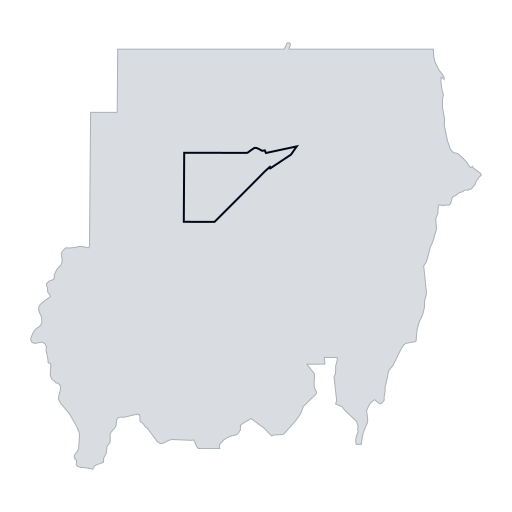 Al Golid, Northern, Sudan (highlighted)
{"feature_id": "16777658B20227076213030", "entity_name": "Al Golid", "entity_type": "district", "adm_level": 2, "iso_a3": "SDN", "parent_name": "Sudan", "parent_adm1": "Northern", "projection": "natural_earth1", "projection_center": [29.801, 17.722], "detail": "fine", "context": "in_parent", "style": "outline", "palette": "ink", "viewbox_px": 512, "rotation_deg": 0, "n_neighbors": 0, "source": "geoboundaries", "source_scale": "gbopen_adm2", "svg_char_len": 4227}
<svg xmlns="http://www.w3.org/2000/svg" viewBox="0 0 512 512"><path d="M361.4,444.3L356.3,444.3L355.8,442.9L355.8,439.1L356.4,436.2L358.2,431.7L357.7,429.2L358.0,425.7L356.7,421.6L344.5,410.0L342.1,406.8L335.6,403.9L336.7,400.6L334.0,376.8L335.3,374.1L335.7,369.9L335.6,366.3L337.2,360.2L337.3,357.6L324.5,357.4L324.3,360.0L324.9,363.0L324.9,364.1L306.9,364.2L314.2,373.5L314.5,377.6L314.1,382.7L314.2,386.0L314.6,388.1L316.5,392.3L316.4,393.1L316.0,394.1L303.3,406.5L301.2,412.3L299.5,415.3L295.8,420.4L284.2,433.7L282.3,434.6L273.4,435.0L272.6,435.4L271.9,436.0L271.5,435.8L263.9,428.0L251.1,418.6L242.7,423.5L240.4,425.3L240.4,429.8L239.1,432.1L236.8,434.6L230.6,436.2L227.3,437.6L223.5,440.1L219.7,444.4L219.4,446.6L219.8,448.6L198.3,448.5L196.9,446.9L193.8,439.9L191.6,440.3L171.9,439.5L169.1,440.2L163.5,443.1L160.7,443.6L157.8,442.3L147.5,428.4L145.3,426.8L143.0,423.5L140.8,422.0L140.0,421.0L139.8,419.5L139.9,416.5L139.1,414.6L137.5,414.1L123.6,417.3L121.7,417.0L118.7,417.5L117.7,418.1L116.6,419.9L116.3,423.7L116.0,425.6L114.9,427.7L110.9,432.4L110.1,434.4L110.2,439.6L110.0,442.2L109.4,443.4L107.6,445.4L107.0,446.6L106.3,453.2L104.1,457.2L103.6,458.6L103.5,461.5L103.1,462.4L96.8,464.7L94.5,466.1L93.0,468.4L92.7,469.3L90.0,468.5L86.6,467.9L80.0,467.2L77.4,466.2L76.2,464.6L76.6,460.6L76.0,459.7L74.9,459.0L74.2,457.3L74.4,455.2L77.8,450.6L78.6,448.1L79.5,436.5L79.3,432.9L76.6,426.4L70.3,415.2L68.8,413.0L61.0,403.7L60.1,402.3L58.2,398.4L60.4,389.9L60.5,387.5L60.0,385.0L58.0,383.2L56.2,383.0L53.9,380.7L52.4,379.7L51.1,377.6L50.2,374.8L50.9,364.7L50.5,363.4L48.5,363.0L48.0,362.3L48.1,360.4L47.0,354.6L45.9,349.8L46.5,347.2L44.9,343.6L41.7,342.1L35.4,343.3L33.5,343.1L32.1,342.4L31.2,341.1L30.7,339.5L31.2,337.2L33.0,332.9L35.2,329.4L39.8,326.2L41.0,324.5L41.7,322.6L41.9,320.4L41.6,318.1L41.1,316.0L39.8,313.2L38.6,309.9L38.6,307.8L39.2,306.2L40.4,304.3L44.9,300.5L49.5,297.4L50.3,296.3L50.0,295.0L47.9,292.5L47.3,287.5L46.2,284.1L48.5,281.5L50.2,280.6L52.9,279.8L54.0,278.7L54.3,276.6L54.2,274.6L55.2,273.1L56.5,270.0L57.6,268.5L61.1,264.8L61.9,262.4L62.2,260.1L61.3,253.1L63.3,250.2L65.9,247.8L69.6,248.0L75.4,247.4L79.3,246.4L82.1,246.5L88.5,247.8L89.2,247.2L89.5,245.4L90.6,112.4L116.9,112.4L117.2,112.2L117.7,49.2L283.1,49.2L284.4,49.0L287.0,43.1L288.1,42.7L289.8,43.0L290.4,44.4L289.0,49.2L433.3,49.2L433.7,56.4L435.0,62.1L439.2,70.4L442.7,74.8L444.0,77.2L444.1,78.4L444.0,79.4L442.9,78.2L441.1,77.4L440.9,81.2L441.8,89.1L443.4,94.7L442.4,99.8L442.6,108.4L444.6,118.8L444.3,125.4L447.5,140.9L450.5,149.5L452.2,151.6L454.0,152.7L457.5,153.5L462.7,157.8L466.8,162.4L468.3,164.8L470.3,167.5L471.6,167.0L472.4,166.3L473.8,168.4L480.3,173.1L481.3,175.2L479.0,177.3L476.3,180.9L475.1,184.3L474.4,185.3L472.3,187.4L471.9,188.5L471.0,189.1L470.0,189.1L467.8,190.3L465.8,189.9L463.8,190.6L463.1,191.4L461.5,192.1L459.4,192.5L456.0,195.3L453.1,196.7L452.1,197.8L450.7,203.5L449.5,205.0L445.2,205.1L443.1,205.6L440.2,205.0L438.8,205.0L438.4,206.2L437.9,211.1L438.0,213.2L435.7,218.7L436.5,229.1L434.2,236.8L433.9,238.6L431.5,244.8L430.3,247.1L427.4,258.5L426.2,262.1L423.7,265.8L426.5,293.4L424.4,301.8L424.6,306.4L423.1,313.2L421.9,316.4L420.0,320.2L418.4,324.4L417.0,330.0L416.1,340.6L415.7,341.6L407.9,342.9L405.5,343.6L403.9,344.8L401.9,347.5L398.0,355.0L396.0,359.5L392.7,365.8L389.0,370.2L388.2,372.3L387.6,376.3L386.2,382.7L385.0,387.2L385.2,390.8L384.1,397.1L384.2,400.1L382.9,401.9L381.2,403.5L379.9,403.9L374.5,399.7L370.8,402.6L368.4,406.6L366.6,410.7L367.7,419.4L367.6,421.4L367.1,423.4L363.5,432.0L362.5,435.9L361.4,442.7L361.4,444.3Z" fill="#d9dde1" stroke="#a8b0b8" stroke-width="1"/><path d="M285.9,158.0L291.0,154.6L291.3,154.1L291.7,153.6L294.7,149.3L296.4,146.8L296.7,146.4L265.9,153.0L265.5,152.2L265.3,151.5L265.2,151.4L265.2,151.2L265.0,150.8L264.8,150.4L262.1,150.8L259.5,149.3L256.7,148.0L254.4,147.9L251.0,150.2L247.6,152.7L246.3,152.9L242.3,152.9L238.1,152.9L230.1,152.9L217.7,152.8L202.1,152.8L185.3,152.8L184.4,152.8L184.2,152.8L183.8,221.7L183.8,221.8L204.0,221.9L214.5,221.9L214.8,221.6L235.1,201.3L242.9,193.5L259.8,176.5L264.4,171.8L267.8,168.7L269.6,167.1L269.7,167.6L269.8,167.5L270.4,167.4L270.7,168.1L273.8,166.0L285.9,158.0Z" fill="none" stroke="#020617" stroke-width="2"/></svg>